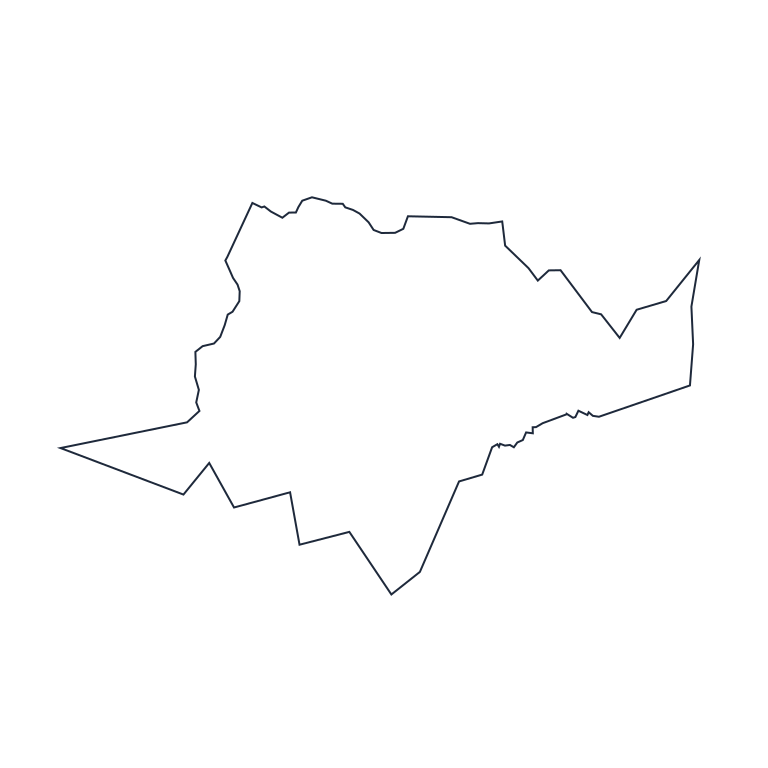 outline of Mt Hagen District, Western Highlands, Papua New Guinea, rotated 15°
{"feature_id": "67681753B59339581313585", "entity_name": "Mt Hagen District", "entity_type": "district", "adm_level": 2, "iso_a3": "PNG", "parent_name": "Papua New Guinea", "parent_adm1": "Western Highlands", "projection": "robinson", "projection_center": [144.241, -5.844], "detail": "fine", "context": "isolated", "style": "outline", "palette": "slate", "viewbox_px": 768, "rotation_deg": 15, "n_neighbors": 0, "source": "geoboundaries", "source_scale": "gbopen_adm2", "svg_char_len": 1328}
<svg xmlns="http://www.w3.org/2000/svg" viewBox="0 0 768 768"><g transform="rotate(15 384 384)"><path d="M656.4,182.6L635.1,230.8L608.8,246.9L599.7,278.5L575.7,260.5L566.3,260.7L525.1,228.4L513.8,231.6L505.8,244.3L493.6,234.7L465.2,219.0L457.7,200.3L456.1,196.4L443.9,201.7L433.1,204.3L425.6,207.0L406.1,205.4L363.7,215.8L362.5,229.1L355.6,235.1L342.5,238.8L334.1,237.9L327.3,231.8L316.3,225.7L309.0,223.9L300.9,223.4L297.5,220.6L287.4,223.2L280.4,222.0L266.1,222.3L257.6,228.1L255.5,235.3L254.5,241.2L247.9,243.0L242.8,249.7L230.1,246.7L222.5,243.5L220.1,245.1L210.0,243.2L199.8,301.7L198.8,305.8L206.0,314.7L210.7,320.6L216.8,325.9L220.6,331.7L222.8,341.4L219.0,353.4L215.1,357.4L214.9,368.4L213.6,380.9L209.3,388.9L199.0,394.4L193.5,401.8L197.1,413.7L199.4,425.7L206.7,437.6L207.4,450.4L212.7,457.8L203.7,472.0L88.1,529.6L218.9,542.7L235.6,505.5L271.1,542.1L321.3,512.9L344.0,561.1L388.8,535.8L445.6,585.4L467.3,556.2L481.7,458.7L502.3,446.1L504.8,417.1L509.1,412.8L511.3,414.9L511.6,411.7L516.8,412.2L521.4,410.3L525.8,411.5L527.9,406.0L532.6,402.2L533.8,394.0L540.5,393.1L538.8,387.3L542.0,386.3L547.4,380.8L568.1,366.1L568.1,365.5L575.3,367.7L577.4,366.4L578.7,359.5L588.5,361.3L589.0,358.3L594.0,360.7L600.1,360.0L679.9,306.2L672.3,265.6L660.9,229.7L656.4,182.6Z" fill="none" stroke="#1e293b" stroke-width="2"/></g></svg>